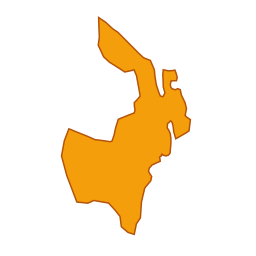 outline of Södertälje, Stockholm, Sweden, rotated 10°
{"feature_id": "70781695B28053547140840", "entity_name": "Södertälje", "entity_type": "district", "adm_level": 2, "iso_a3": "SWE", "parent_name": "Sweden", "parent_adm1": "Stockholm", "projection": "albers", "projection_center": [17.571, 59.144], "detail": "fine", "context": "isolated", "style": "filled", "palette": "amber", "viewbox_px": 256, "rotation_deg": 10, "n_neighbors": 0, "source": "geoboundaries", "source_scale": "gbopen_adm2", "svg_char_len": 1599}
<svg xmlns="http://www.w3.org/2000/svg" viewBox="0 0 256 256"><g transform="rotate(10 128 128)"><path d="M69.9,139.1L67.5,151.7L67.4,167.1L76.0,185.5L90.5,209.8L91.7,209.7L101.5,209.0L107.0,205.3L121.9,205.3L130.0,211.5L135.5,216.5L138.6,226.4L146.1,230.8L152.6,231.7L152.9,220.9L155.8,214.4L154.1,198.2L154.9,184.3L156.6,181.2L159.6,176.0L159.7,171.6L157.8,169.6L155.7,167.1L156.0,163.5L157.3,161.7L158.0,160.3L160.4,158.7L163.1,156.7L165.5,155.2L164.9,153.1L164.1,151.2L165.6,149.8L165.7,148.0L166.6,148.0L167.2,148.7L170.2,148.9L172.5,147.7L173.8,145.4L173.0,136.3L172.2,131.5L171.6,129.3L170.6,126.2L168.6,123.2L166.6,121.0L166.2,116.9L167.2,115.7L168.6,113.6L170.3,114.6L172.1,118.4L173.7,123.8L176.8,130.0L176.9,130.3L179.6,128.1L185.6,123.1L188.6,120.2L188.0,108.9L184.5,107.4L182.1,105.8L182.2,98.7L179.8,93.2L174.9,86.3L172.8,81.2L170.2,80.6L168.0,82.1L164.6,81.7L163.1,80.4L162.1,77.9L162.3,74.1L167.5,73.0L167.7,69.7L166.1,66.1L164.1,62.8L162.1,63.7L157.8,64.7L152.6,64.5L153.0,69.4L154.4,75.5L155.7,81.7L158.3,87.0L157.0,91.1L154.3,90.9L152.1,87.5L148.3,80.4L145.6,72.5L143.8,66.0L138.3,57.6L131.1,56.1L125.1,52.2L101.6,35.6L95.8,33.0L87.7,27.8L79.9,24.3L81.7,33.1L84.0,43.5L84.3,51.6L91.6,62.1L98.1,66.3L99.0,66.7L106.9,69.9L115.1,73.4L121.7,70.7L123.8,69.6L127.3,75.0L130.1,82.6L132.2,88.2L134.4,94.5L131.7,99.2L129.8,101.8L130.5,105.5L131.8,108.9L131.5,112.1L126.8,114.9L116.9,121.1L115.8,129.8L115.5,137.6L114.5,143.7L112.7,144.6L106.9,144.7L97.4,145.2L88.6,143.0L87.1,142.7L74.5,140.1L73.1,139.7L72.1,139.5L69.9,139.1Z" fill="#f59e0b" stroke="#b45309" stroke-width="1.5"/></g></svg>